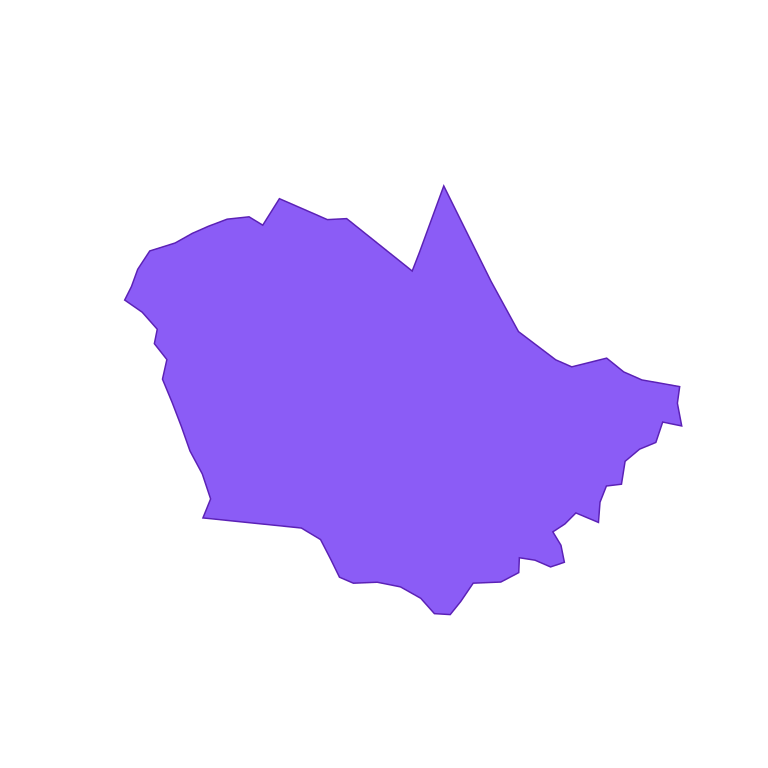 Tigrinhos, Santa Catarina, Brazil (Mercator projection), rotated 140°
{"feature_id": "56859067B32448575556431", "entity_name": "Tigrinhos", "entity_type": "district", "adm_level": 2, "iso_a3": "BRA", "parent_name": "Brazil", "parent_adm1": "Santa Catarina", "projection": "mercator", "projection_center": [-53.157, -26.678], "detail": "fine", "context": "isolated", "style": "filled", "palette": "violet", "viewbox_px": 768, "rotation_deg": 140, "n_neighbors": 0, "source": "geoboundaries", "source_scale": "gbopen_adm2", "svg_char_len": 999}
<svg xmlns="http://www.w3.org/2000/svg" viewBox="0 0 768 768"><g transform="rotate(140 384 384)"><path d="M493.0,175.7L481.5,164.8L464.9,168.1L443.7,174.1L421.8,157.2L402.0,152.9L392.0,163.9L381.6,152.0L374.0,136.8L360.4,131.5L352.1,146.7L349.7,162.2L335.3,160.5L319.9,161.9L308.7,140.1L294.5,154.6L279.2,162.9L266.5,154.6L249.0,169.8L230.1,169.8L213.3,164.5L195.0,175.7L182.9,160.5L171.6,180.7L159.2,191.9L171.6,206.8L183.8,221.3L192.6,239.2L196.8,260.7L229.2,276.5L236.9,292.1L247.3,337.7L236.0,393.9L210.9,497.3L271.8,462.3L289.8,452.4L306.3,534.7L321.7,546.3L345.0,593.2L374.8,583.6L379.9,598.8L398.2,611.1L417.1,617.7L433.9,622.6L453.4,626.3L477.9,636.5L498.9,630.2L514.8,621.0L528.7,615.0L523.1,594.5L522.5,571.7L534.0,562.5L534.6,542.3L550.6,530.1L558.3,505.6L566.5,481.8L575.7,457.3L581.0,431.9L590.7,407.4L608.8,397.8L539.9,326.8L532.6,305.6L537.6,283.5L542.3,264.6L535.5,251.1L516.6,236.5L501.8,218.0L493.6,196.2L493.0,175.7Z" fill="#8b5cf6" stroke="#5b21b6" stroke-width="1.5"/></g></svg>